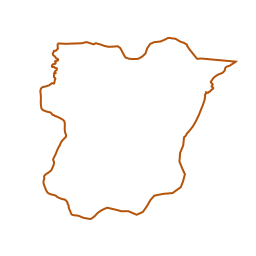 Thateng, Xékong, Laos (Natural Earth projection), rotated 281°
{"feature_id": "54806243B20325716676417", "entity_name": "Thateng", "entity_type": "district", "adm_level": 2, "iso_a3": "LAO", "parent_name": "Laos", "parent_adm1": "Xékong", "projection": "natural_earth1", "projection_center": [106.496, 15.416], "detail": "fine", "context": "isolated", "style": "outline", "palette": "amber", "viewbox_px": 256, "rotation_deg": 281, "n_neighbors": 0, "source": "geoboundaries", "source_scale": "gbopen_adm2", "svg_char_len": 5458}
<svg xmlns="http://www.w3.org/2000/svg" viewBox="0 0 256 256"><g transform="rotate(281 128 128)"><path d="M197.6,42.9L197.6,43.0L195.7,43.1L194.2,43.6L193.3,43.7L193.1,43.8L192.8,44.0L192.6,44.0L192.4,44.0L192.2,44.0L191.9,43.8L191.6,43.4L191.2,43.1L190.4,42.7L190.0,42.4L189.9,42.3L189.9,42.1L189.9,41.5L189.8,41.4L189.7,41.0L189.6,40.7L189.3,40.7L188.5,40.5L187.2,40.0L186.9,40.0L186.6,40.0L186.3,40.1L185.9,40.3L185.6,40.4L185.5,40.5L185.3,40.6L185.2,40.7L185.1,40.9L184.9,41.2L184.7,41.8L184.6,42.0L184.4,42.3L184.0,42.9L183.8,43.1L183.4,43.5L183.1,43.7L182.9,44.0L182.7,44.3L182.6,44.5L182.5,44.9L182.5,45.3L182.4,45.6L182.3,45.9L182.2,46.1L181.9,46.4L181.5,46.5L181.3,46.4L181.1,46.3L180.9,46.1L180.7,45.9L180.5,45.5L180.1,44.6L179.8,43.9L179.6,43.7L179.4,43.7L179.1,43.8L178.7,44.4L178.6,44.5L178.4,44.5L177.9,44.6L177.6,44.5L177.3,44.4L177.2,44.2L176.9,43.9L176.8,43.7L176.8,43.4L176.7,43.1L176.5,42.7L176.4,42.5L176.1,42.2L175.9,42.0L175.6,41.8L175.4,41.7L174.9,41.5L174.5,41.4L174.2,41.5L173.9,41.6L173.7,41.7L173.6,41.9L173.5,42.1L173.5,42.4L173.5,42.6L173.6,42.9L173.8,43.4L173.8,43.8L173.7,44.0L173.4,44.5L173.2,44.8L173.1,45.0L173.1,45.3L173.1,46.0L173.1,46.3L173.1,46.5L172.8,46.7L172.4,46.9L172.2,47.0L171.9,47.0L171.6,46.9L171.2,46.7L170.8,46.4L170.5,46.2L170.1,45.9L169.8,45.6L169.6,45.5L169.4,45.5L169.1,45.4L168.7,45.3L168.5,45.5L168.4,46.1L168.3,46.3L168.2,46.5L167.9,46.5L167.8,46.3L167.7,46.1L167.6,45.6L167.5,45.2L167.4,45.1L167.1,45.0L166.8,45.1L166.6,45.2L165.8,45.3L165.0,45.4L164.4,45.5L164.0,45.6L163.8,45.7L163.6,45.9L163.5,46.1L163.3,46.5L163.2,46.8L163.0,47.0L162.7,47.2L162.5,47.3L162.3,47.3L162.1,47.3L161.9,47.2L161.5,47.1L161.2,47.0L160.8,47.0L160.3,47.0L159.7,47.1L159.2,47.1L158.9,47.0L158.6,47.0L157.9,46.9L157.6,46.9L157.4,46.7L157.5,45.9L157.6,45.6L157.6,45.3L157.5,45.1L157.4,44.8L157.2,44.6L156.9,44.3L156.6,44.1L156.4,44.0L156.3,43.9L156.2,43.8L156.1,43.6L156.0,43.4L155.8,43.2L155.5,43.0L155.1,42.7L154.9,42.5L154.7,42.2L154.4,41.7L154.2,41.1L153.8,40.5L153.4,39.7L153.2,39.4L152.8,38.7L152.6,38.3L152.5,38.1L152.4,37.7L152.3,37.2L152.1,36.9L151.8,36.4L151.7,36.3L151.7,36.2L151.3,35.8L151.0,35.6L150.6,35.4L150.1,35.2L149.7,35.0L149.2,34.9L147.6,34.9L146.1,35.3L144.5,35.9L140.7,36.8L136.4,37.5L134.3,38.0L130.9,39.2L130.1,39.9L129.4,41.1L129.3,41.5L129.1,42.0L129.0,42.7L128.9,43.2L128.8,44.0L128.7,44.7L128.6,45.7L128.5,46.2L128.5,46.6L128.5,47.4L128.5,48.2L128.5,48.6L128.4,48.9L128.2,49.2L127.8,50.0L127.6,50.3L127.3,50.6L126.7,51.1L126.6,51.3L126.5,51.5L126.5,51.8L126.5,52.6L126.4,52.8L126.4,53.0L126.2,53.4L125.9,53.9L125.5,56.9L123.9,62.0L123.1,63.5L122.2,64.4L120.3,65.1L117.7,65.6L114.3,66.2L112.0,66.9L109.6,68.4L108.3,68.8L107.5,68.7L105.3,67.3L102.5,65.5L99.6,64.6L97.7,64.3L96.6,63.7L93.8,63.0L91.5,62.5L87.8,61.8L84.4,60.8L82.8,60.5L82.0,60.8L80.5,61.9L79.0,62.1L77.0,62.0L74.5,61.4L72.0,60.8L70.4,59.6L69.1,58.5L67.3,56.5L65.7,55.3L64.6,54.9L63.3,55.1L62.3,55.5L61.4,55.4L59.6,55.2L58.4,55.4L56.8,56.0L54.7,57.3L51.1,59.6L49.3,61.3L48.6,62.7L48.2,64.6L48.0,68.9L47.8,70.0L46.8,71.7L46.2,73.9L45.7,76.6L45.7,79.5L45.1,80.8L44.9,81.0L44.7,81.3L44.5,81.6L44.4,81.8L44.2,82.0L43.8,82.4L43.6,82.6L43.2,82.8L42.7,83.0L42.4,83.1L42.2,83.1L41.9,83.3L41.6,83.6L41.3,84.0L41.1,84.1L40.8,84.3L40.5,84.5L40.1,84.6L39.6,84.7L39.2,84.8L38.9,85.0L38.5,85.1L38.2,85.3L37.4,85.7L36.9,86.0L36.5,86.4L36.1,86.6L35.7,87.0L33.0,88.5L32.2,89.6L32.0,90.6L32.1,92.1L32.4,95.2L32.3,96.5L32.0,98.2L31.5,100.3L31.3,102.8L31.4,105.3L31.4,107.8L31.7,109.0L33.2,110.5L35.2,112.2L36.6,113.0L38.7,114.4L40.1,115.6L42.0,117.5L43.1,118.9L44.2,120.4L45.8,122.9L45.4,132.8L45.0,137.3L46.4,144.2L44.5,153.1L48.4,158.6L55.3,161.7L61.4,163.7L66.6,166.7L70.1,175.2L72.6,184.1L80.0,191.1L86.1,192.2L93.5,192.7L97.4,189.8L104.9,184.9L113.6,183.9L121.4,185.5L129.7,184.8L130.7,185.8L132.3,186.5L133.5,186.7L136.4,188.5L139.6,190.2L142.0,191.4L146.0,192.8L149.2,193.8L149.4,193.8L152.1,194.5L154.2,195.1L157.1,195.6L159.2,196.0L161.9,196.5L164.1,197.0L166.5,197.3L169.9,197.8L173.4,197.7L175.6,197.3L175.8,197.5L176.0,197.6L176.4,197.7L176.6,197.8L176.8,198.0L177.2,198.1L177.3,198.1L177.5,197.9L177.9,197.8L177.9,198.1L177.9,198.4L177.8,198.7L177.8,199.0L177.7,199.3L177.7,199.5L177.8,199.7L177.9,199.8L178.1,200.0L178.4,200.1L178.6,200.2L178.7,200.3L178.9,200.6L179.2,201.2L179.4,201.4L179.6,201.6L179.8,201.8L180.1,201.9L180.4,201.9L180.6,202.1L180.8,202.3L181.1,202.6L181.4,202.8L181.7,203.0L182.0,203.1L182.3,203.4L182.4,203.7L182.6,203.8L182.9,204.0L183.3,204.0L183.6,204.0L184.0,203.9L184.0,203.7L184.0,203.4L184.1,203.1L184.3,202.7L184.5,202.5L184.7,202.2L184.9,202.1L185.3,202.1L186.0,202.5L186.8,202.9L187.2,202.7L187.7,202.0L188.1,201.2L188.5,200.8L189.1,200.4L189.4,200.6L191.0,201.3L193.0,202.1L194.7,203.3L196.4,204.9L198.0,206.8L199.6,209.4L200.1,210.2L202.1,211.6L203.1,212.0L205.2,212.0L206.1,212.3L207.3,213.5L208.6,216.0L210.3,217.7L213.4,220.9L213.7,221.1L210.2,186.8L209.7,184.9L209.2,183.2L209.2,182.6L209.4,182.2L217.3,172.9L218.8,171.5L219.6,170.6L221.1,169.9L222.3,166.5L222.5,164.4L222.9,162.4L223.8,159.9L224.3,158.6L224.7,157.0L224.4,154.9L224.4,152.9L224.1,150.2L221.7,147.2L219.1,143.3L217.2,137.2L214.8,133.8L210.0,131.7L204.4,130.9L200.7,128.2L197.8,124.7L196.6,119.7L196.2,115.8L196.7,112.1L199.5,109.6L205.0,105.2L206.3,102.2L205.2,98.5L204.0,93.5L204.0,89.8L204.7,85.1L205.1,80.2L203.6,78.4L204.4,70.8L202.3,66.2L199.5,54.0L198.9,51.6L197.6,42.9Z" fill="none" stroke="#b45309" stroke-width="2"/></g></svg>